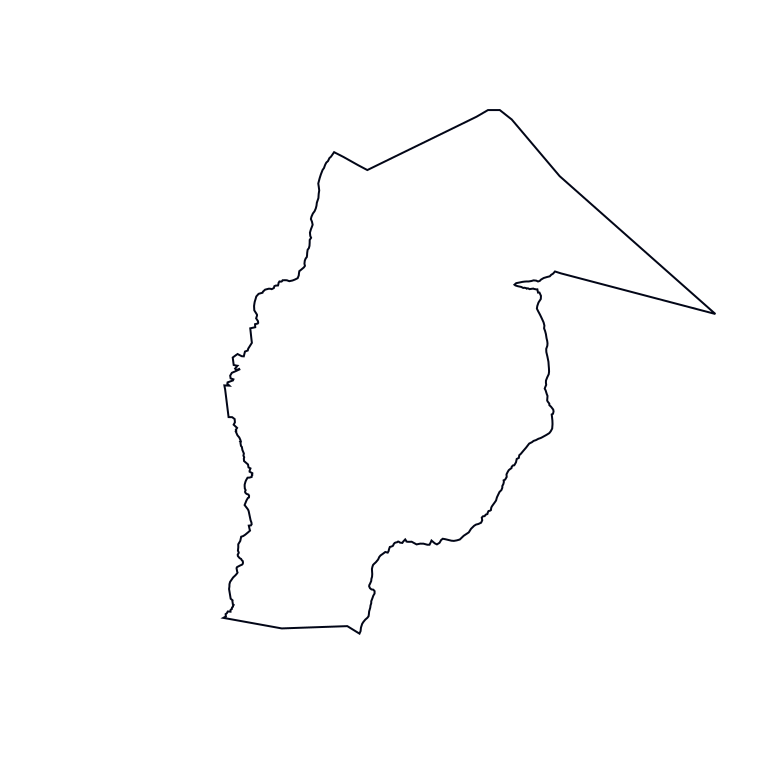 Santa María Ixcatlán, Oaxaca, Mexico (Mercator projection), rotated 133°
{"feature_id": "50627088B99322649142684", "entity_name": "Santa María Ixcatlán", "entity_type": "district", "adm_level": 2, "iso_a3": "MEX", "parent_name": "Mexico", "parent_adm1": "Oaxaca", "projection": "mercator", "projection_center": [-97.133, 17.85], "detail": "fine", "context": "isolated", "style": "outline", "palette": "ink", "viewbox_px": 768, "rotation_deg": 133, "n_neighbors": 0, "source": "geoboundaries", "source_scale": "gbopen_adm2", "svg_char_len": 5854}
<svg xmlns="http://www.w3.org/2000/svg" viewBox="0 0 768 768"><g transform="rotate(133 384 384)"><path d="M664.6,342.0L632.5,292.1L586.1,245.7L583.3,231.7L580.7,232.6L577.9,234.7L574.3,236.4L572.1,236.8L569.1,237.0L566.3,236.7L564.4,236.9L562.9,237.9L560.4,239.8L558.8,240.6L557.0,241.5L555.2,242.8L553.1,243.8L551.5,245.2L549.0,246.2L546.0,247.5L543.7,248.0L541.9,249.6L541.7,251.5L542.8,253.1L542.9,255.0L542.1,256.9L541.1,257.6L539.9,257.9L536.8,259.0L535.1,260.3L533.1,261.3L531.0,263.0L529.5,264.6L527.5,266.7L525.6,267.8L523.8,268.6L522.2,268.6L521.2,268.5L519.9,268.4L516.4,268.6L513.7,269.5L511.7,269.6L508.9,269.0L506.0,268.5L504.8,266.3L503.0,266.7L501.7,267.5L499.2,268.6L497.6,267.6L496.1,267.1L494.5,267.7L492.9,267.8L491.7,267.2L490.8,266.5L489.7,266.3L489.3,265.8L489.1,264.1L487.7,262.2L486.1,262.5L483.2,262.5L483.5,261.1L483.9,260.2L483.5,259.4L482.4,258.1L481.3,257.0L480.5,256.2L479.9,253.9L479.1,250.8L476.0,248.6L473.9,246.3L472.0,242.7L470.5,241.1L468.1,241.8L466.1,242.5L465.9,238.2L465.2,235.9L462.2,235.1L459.2,235.8L457.1,235.5L455.7,233.3L454.3,230.8L452.6,227.8L451.1,225.9L448.7,224.1L446.0,222.5L440.6,222.2L434.7,220.8L430.5,221.6L426.2,221.4L424.0,220.8L422.0,219.5L419.2,218.4L416.7,219.2L415.0,221.4L413.3,221.4L412.0,220.3L410.2,220.5L408.6,219.7L407.1,220.5L405.6,220.9L404.4,220.1L403.4,219.8L401.3,221.2L400.1,221.6L398.0,221.9L395.6,222.2L392.8,222.6L389.9,224.1L387.4,224.9L384.2,225.9L381.5,225.8L379.2,226.7L377.9,227.9L375.7,228.5L373.8,229.6L372.9,230.8L371.3,230.2L368.3,230.9L366.5,232.8L363.8,233.6L361.9,234.0L360.5,233.8L358.6,233.4L357.3,234.2L355.5,234.1L354.6,233.3L353.6,233.5L351.2,234.1L348.3,235.8L346.1,235.0L343.8,236.5L341.7,236.3L338.5,236.5L333.6,236.7L328.6,237.2L325.6,236.1L323.6,235.8L321.4,234.6L318.7,233.7L317.5,233.0L316.0,232.3L310.5,230.5L307.2,229.6L304.9,229.8L301.9,230.6L298.4,233.4L295.9,235.9L293.3,238.9L291.9,240.6L290.5,240.1L288.4,241.3L287.3,242.8L286.7,246.3L286.7,248.6L285.6,249.8L285.2,252.4L284.7,253.5L282.8,255.0L281.2,256.3L280.4,258.0L279.5,259.6L278.4,261.5L277.8,263.3L276.2,264.0L274.0,264.8L272.7,266.4L271.0,267.9L267.7,269.2L264.5,270.2L262.4,271.7L260.2,273.9L258.2,276.1L255.6,278.9L252.5,283.2L249.9,287.1L247.7,289.3L244.7,290.6L242.8,292.1L241.2,294.0L239.7,296.3L237.1,299.6L235.4,302.3L234.1,304.9L231.9,306.5L230.1,309.3L228.3,313.6L226.9,317.2L225.6,321.0L224.6,323.6L222.4,325.1L219.0,326.6L214.9,327.3L212.5,329.3L211.1,332.7L212.1,333.7L210.2,336.4L210.8,336.9L212.2,339.2L212.4,339.9L215.4,342.3L215.7,343.6L216.5,344.7L216.9,344.7L217.0,345.4L217.7,346.8L218.8,347.7L219.4,349.8L221.2,352.8L222.3,355.1L222.4,356.3L220.1,356.1L216.9,353.8L214.9,352.4L213.2,351.0L211.6,349.5L210.3,348.1L208.1,346.4L206.2,345.3L204.6,343.2L204.0,341.3L202.4,340.4L200.7,340.4L197.6,339.5L194.5,337.7L192.2,336.2L190.1,336.2L188.0,335.6L185.1,335.7L182.4,330.0L106.8,189.4L112.2,397.3L103.4,471.3L103.5,471.7L104.7,486.2L112.8,494.8L125.4,498.6L238.9,542.1L241.6,552.1L245.6,568.5L248.5,578.6L253.9,577.8L256.0,578.0L259.2,577.0L261.4,577.2L263.6,576.6L265.6,575.8L266.9,575.2L269.3,574.9L273.8,573.1L277.4,571.4L282.2,568.8L284.1,566.4L286.6,563.4L289.4,561.5L292.7,558.8L297.3,556.7L299.6,555.0L302.2,553.6L305.0,552.6L307.8,552.3L311.0,551.2L313.2,550.0L314.4,547.4L316.2,544.8L318.3,543.9L320.6,543.0L323.8,541.4L326.0,538.9L326.8,537.0L328.1,536.8L329.3,536.6L331.5,534.6L333.8,532.7L335.9,531.6L337.9,531.4L340.5,529.6L342.4,528.0L343.9,527.0L345.6,526.9L347.9,526.0L350.3,524.2L351.5,522.4L353.3,522.1L354.9,522.3L357.3,522.6L359.2,522.9L361.0,521.7L362.7,520.4L365.5,519.3L368.4,520.4L370.7,521.5L373.4,523.4L374.4,525.8L375.7,527.3L377.3,528.9L378.5,528.7L379.4,529.1L380.3,530.4L381.9,530.1L382.9,529.4L384.2,528.7L386.0,530.4L387.2,530.9L389.0,530.0L391.2,530.8L391.9,532.1L392.8,533.2L396.1,535.3L399.1,535.5L400.1,535.1L401.9,536.2L403.6,537.2L407.1,537.1L409.4,535.9L412.1,534.6L413.9,533.4L415.3,532.4L415.5,532.3L418.6,529.1L419.9,524.2L420.6,523.5L423.2,522.3L424.0,519.0L425.1,517.7L425.9,517.6L428.2,519.1L430.3,516.9L434.5,519.8L436.2,517.8L441.3,511.9L444.0,508.7L450.8,507.4L452.4,506.5L455.1,507.8L459.4,505.4L460.7,507.0L462.0,511.6L467.8,512.7L472.6,506.9L471.1,504.3L470.6,503.6L474.3,503.4L474.5,501.4L471.8,500.2L472.0,499.7L475.7,501.2L479.6,502.9L482.8,502.2L484.5,500.0L483.3,497.3L484.4,496.9L489.5,499.5L490.7,498.7L490.7,496.0L493.9,499.8L494.8,498.6L496.3,496.5L514.2,475.1L511.8,472.4L511.5,469.3L513.7,466.9L516.3,466.2L516.3,461.5L518.6,461.1L519.1,460.0L519.8,460.1L521.5,456.1L521.8,453.4L522.9,450.8L523.4,450.0L524.1,450.0L524.0,449.2L524.9,448.9L526.8,446.4L527.0,445.0L528.8,442.6L530.4,439.1L532.3,437.9L532.9,436.3L534.2,435.6L535.8,433.8L535.6,428.6L537.4,426.2L536.8,424.1L539.0,423.2L539.8,422.5L539.2,420.1L539.0,419.5L539.5,419.0L540.2,418.9L540.5,418.2L541.3,418.1L542.3,417.4L544.1,418.5L545.6,419.9L548.2,419.3L549.7,418.8L552.6,417.3L553.9,416.1L554.5,415.4L555.3,414.6L556.0,412.8L556.9,412.5L557.7,412.0L558.1,411.0L558.1,409.6L557.3,407.7L557.8,406.4L559.1,405.4L560.2,405.8L562.9,405.2L567.6,403.4L568.4,398.6L568.8,397.2L569.4,396.1L574.6,388.7L575.7,386.5L576.9,385.1L578.2,384.9L579.1,385.7L579.8,386.3L581.9,383.2L582.6,382.0L584.9,382.2L588.8,382.7L591.3,383.3L593.1,384.3L596.8,382.1L600.6,381.3L602.9,379.1L605.6,377.1L605.8,376.3L606.5,375.1L608.6,374.6L609.5,373.5L609.8,370.8L609.4,369.2L609.9,367.7L609.8,366.7L610.5,365.6L611.7,364.7L612.9,364.6L614.7,365.4L618.1,366.6L619.2,366.3L620.2,365.0L621.3,363.5L621.8,362.5L622.7,362.3L625.1,362.2L628.4,362.4L633.7,361.6L635.8,360.5L637.6,358.9L639.6,357.5L645.6,349.7L645.5,347.2L646.1,346.9L646.8,346.0L648.1,344.4L648.1,343.3L649.2,343.2L649.8,342.6L651.1,342.7L652.4,341.8L653.6,342.2L654.2,341.9L655.2,341.0L656.9,343.1L658.9,342.6L660.3,342.9L661.4,341.7L661.8,341.1L664.6,342.0Z" fill="none" stroke="#020617" stroke-width="2"/></g></svg>